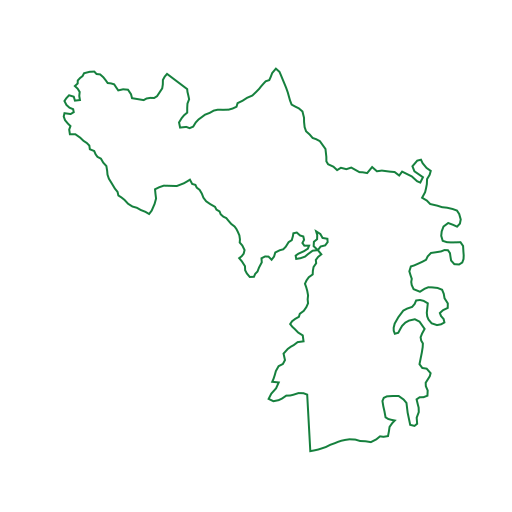 Entre-Ijuís, Rio Grande do Sul, Brazil (Albers equal-area conic projection), rotated 96°
{"feature_id": "56859067B25035213564080", "entity_name": "Entre-Ijuís", "entity_type": "district", "adm_level": 2, "iso_a3": "BRA", "parent_name": "Brazil", "parent_adm1": "Rio Grande do Sul", "projection": "albers", "projection_center": [-54.301, -28.49], "detail": "fine", "context": "isolated", "style": "outline", "palette": "green", "viewbox_px": 512, "rotation_deg": 96, "n_neighbors": 0, "source": "geoboundaries", "source_scale": "gbopen_adm2", "svg_char_len": 5690}
<svg xmlns="http://www.w3.org/2000/svg" viewBox="0 0 512 512"><g transform="rotate(96 256 256)"><path d="M394.2,77.8L389.8,78.4L386.6,79.6L381.8,81.3L379.4,78.5L378.9,74.6L377.0,70.9L371.8,71.2L367.7,73.5L364.3,74.0L361.3,72.5L357.4,70.6L354.3,70.1L350.2,74.5L350.0,78.9L346.5,82.1L334.8,81.0L329.3,80.7L325.5,80.9L322.8,82.9L319.6,83.8L315.7,82.7L310.9,80.7L304.2,86.5L302.3,91.4L304.2,97.0L306.6,100.5L310.2,103.4L313.1,104.7L317.5,106.5L318.8,109.8L316.0,111.2L313.0,111.6L308.7,111.0L301.9,108.0L294.9,103.8L292.5,100.2L290.3,95.4L287.1,93.2L283.5,92.1L282.6,88.3L283.1,84.6L285.1,80.2L294.6,80.2L298.2,79.4L301.2,77.8L304.6,74.3L305.8,68.8L304.6,64.8L302.4,61.7L299.1,62.8L296.4,65.7L293.5,67.2L290.3,64.3L287.6,59.9L283.1,60.3L278.3,64.1L274.0,65.3L270.1,67.4L268.8,72.1L268.8,77.6L269.1,81.4L270.9,84.8L274.4,89.2L272.5,95.8L268.6,98.1L265.6,98.9L262.4,98.7L259.0,100.3L255.2,101.9L250.2,100.9L248.9,97.8L246.9,94.3L244.3,89.9L242.0,86.5L238.4,85.2L234.7,82.3L233.4,77.2L232.1,72.4L230.4,69.2L230.2,65.7L232.9,63.4L236.1,62.6L240.1,61.5L243.4,57.9L243.2,53.1L240.9,50.2L237.4,49.3L233.7,49.5L229.9,50.2L224.4,51.1L220.9,54.1L221.4,57.7L222.1,63.3L222.3,67.6L221.4,71.9L216.6,73.9L212.1,73.9L207.1,72.6L203.1,68.3L204.4,63.3L205.8,59.1L202.5,56.6L198.3,56.2L193.0,58.3L189.8,60.9L188.7,65.4L188.0,71.1L188.0,76.1L187.0,80.9L186.1,88.2L183.0,91.9L180.7,96.9L174.9,94.5L171.2,94.0L166.7,93.6L161.6,93.9L157.1,91.8L153.1,91.1L150.6,95.6L146.3,100.0L143.0,102.0L144.3,105.6L150.4,109.8L155.2,107.3L160.2,98.2L165.8,100.3L164.8,103.6L160.6,109.3L156.8,119.5L161.0,122.0L158.0,126.9L158.1,131.6L157.9,139.8L159.1,144.6L155.4,149.8L161.9,154.1L161.6,158.6L161.8,161.9L158.1,170.5L160.2,175.2L159.4,180.8L162.1,184.3L159.1,188.3L157.2,193.9L154.5,195.9L150.1,196.4L142.3,198.1L135.1,204.5L133.5,208.5L132.7,212.0L129.5,215.4L126.8,219.2L122.8,221.1L117.7,222.2L113.5,222.7L107.4,224.9L104.7,228.8L103.3,232.6L101.7,236.4L97.8,238.4L94.3,239.8L90.0,241.5L85.8,243.5L82.8,245.1L78.6,247.4L73.6,250.1L70.4,251.9L67.6,255.8L72.3,259.0L76.4,260.1L79.7,261.2L81.2,264.6L83.7,266.5L86.8,268.7L89.4,270.3L92.8,273.0L96.8,276.4L99.6,281.4L103.0,285.6L105.9,290.3L109.6,291.0L111.8,294.7L113.3,298.5L114.0,303.6L114.5,309.3L115.8,313.2L118.5,317.0L120.8,321.5L123.5,324.4L126.2,327.4L129.5,329.9L133.9,332.0L135.8,335.4L134.9,338.8L136.2,344.9L131.2,346.5L126.6,344.3L123.6,342.3L120.6,339.4L115.8,339.9L111.6,340.1L107.1,338.9L103.4,340.1L100.0,341.3L97.2,341.9L84.2,363.5L87.1,365.5L90.6,367.0L95.1,366.6L99.1,366.8L107.4,371.1L109.5,373.8L109.8,377.7L110.8,381.3L112.7,384.0L112.3,390.6L112.0,395.8L108.2,397.2L104.0,400.7L104.1,405.6L105.7,410.3L102.8,412.8L100.1,415.0L99.5,418.3L99.5,421.6L97.1,423.7L94.2,426.5L91.7,430.0L91.7,433.6L89.5,436.1L90.2,440.7L92.2,446.1L95.2,447.3L97.4,449.6L100.1,451.6L103.1,451.4L105.9,453.9L108.3,450.8L111.3,448.5L115.3,448.5L119.3,447.4L120.4,452.3L116.6,453.9L115.7,458.7L119.0,461.2L121.9,462.7L125.6,460.3L128.0,457.0L129.1,453.2L132.0,452.3L134.2,455.2L134.0,461.4L137.4,461.8L140.9,460.1L143.9,457.0L146.2,454.1L149.8,455.0L154.4,453.8L153.8,448.4L156.7,443.2L159.5,439.6L161.3,436.1L163.6,433.3L167.2,432.4L168.5,427.9L171.7,426.1L174.0,424.0L175.4,420.4L179.1,417.7L182.2,414.2L187.0,412.9L190.6,412.2L194.5,410.4L199.3,406.7L203.7,403.4L206.7,400.4L210.2,399.2L211.8,396.0L213.9,392.7L217.4,388.7L219.7,384.1L220.5,379.5L222.3,375.4L223.6,370.7L225.4,366.7L221.8,364.5L214.8,362.3L209.3,361.4L204.6,362.5L200.2,363.4L197.7,359.4L195.7,355.1L195.3,350.3L195.0,346.1L194.7,342.1L193.1,339.0L191.2,335.3L189.1,332.4L187.0,329.7L191.0,327.0L191.6,323.7L194.2,322.1L196.1,319.0L199.6,316.4L203.5,314.4L206.8,311.3L209.2,306.9L211.4,301.9L214.0,300.2L215.5,296.9L218.2,295.5L220.3,292.6L221.4,289.5L223.6,287.3L226.7,284.0L228.9,280.4L231.1,278.4L233.7,276.7L237.2,274.7L241.2,273.7L244.3,273.6L247.0,270.7L251.3,268.0L255.0,268.5L257.7,270.2L259.9,272.5L262.9,269.4L267.3,265.9L271.3,265.3L274.3,263.3L277.5,260.0L276.9,255.9L273.8,254.9L271.3,252.9L267.2,251.8L261.7,249.6L257.7,250.3L255.5,246.9L255.3,243.5L258.1,240.1L254.7,238.0L250.5,237.2L247.8,233.0L246.5,229.6L243.7,227.4L238.8,225.0L236.5,222.1L232.6,221.4L229.5,221.2L228.4,217.9L231.0,214.3L231.6,211.0L234.9,209.9L238.2,211.2L240.7,209.0L240.2,204.3L243.3,205.2L246.2,208.8L249.3,214.1L251.5,216.6L254.7,215.7L253.5,211.4L251.5,207.2L248.6,204.4L244.8,200.2L243.7,195.1L247.5,191.2L250.5,194.2L253.7,196.1L256.9,195.4L260.9,197.6L264.7,197.9L268.4,197.7L271.6,201.3L275.0,203.2L278.5,204.4L281.8,202.8L285.3,201.4L289.8,200.1L293.7,200.1L297.6,199.3L301.6,200.6L305.6,202.8L308.9,206.4L312.0,207.0L314.4,210.4L317.1,213.3L320.1,214.9L322.6,212.5L324.6,209.8L327.7,206.1L330.1,201.2L335.9,199.8L337.3,205.6L340.7,209.2L342.5,211.8L345.1,214.7L350.2,218.4L356.5,216.3L360.6,218.0L363.2,222.0L368.3,224.2L372.5,224.9L376.2,225.7L379.4,226.7L379.4,220.2L385.5,222.2L391.3,226.4L396.8,228.5L398.6,223.5L397.0,218.4L395.1,215.3L391.7,211.3L391.2,207.5L390.1,204.4L387.9,199.4L387.5,194.5L388.5,190.6L444.4,181.6L443.3,177.9L442.0,174.0L440.6,170.8L438.7,166.6L436.0,162.4L433.9,158.0L432.3,155.1L430.8,151.8L429.6,148.1L428.5,143.8L428.2,138.0L429.1,133.2L428.8,127.6L429.1,122.3L425.8,117.2L422.4,113.8L422.5,110.3L421.3,105.9L416.8,105.5L412.0,105.3L407.9,103.0L405.1,100.8L404.8,104.1L404.3,107.4L402.9,110.3L397.1,112.0L392.1,113.7L387.0,115.1L383.7,114.1L381.9,111.1L380.9,105.1L380.3,99.5L383.3,94.2L386.4,91.0L396.0,88.8L407.8,85.0L408.4,80.6L406.0,78.2L400.0,79.3L394.2,77.8ZM243.7,195.1L240.2,199.7L235.8,199.9L232.9,197.0L228.7,197.3L225.2,198.8L227.4,194.3L231.1,191.7L231.4,186.8L234.7,186.2L238.2,188.3L239.8,192.7L243.7,195.1Z" fill="none" stroke="#15803d" stroke-width="2"/></g></svg>